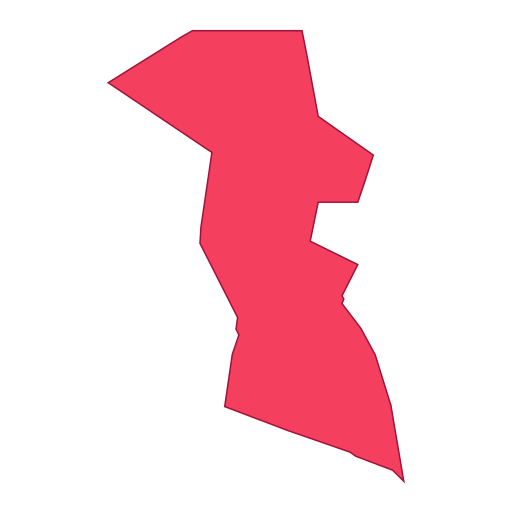 Mary, Mary, Turkmenistan (Natural Earth projection)
{"feature_id": "10190150B21853413573592", "entity_name": "Mary", "entity_type": "district", "adm_level": 2, "iso_a3": "TKM", "parent_name": "Turkmenistan", "parent_adm1": "Mary", "projection": "natural_earth1", "projection_center": [61.716, 37.759], "detail": "fine", "context": "isolated", "style": "filled", "palette": "rose", "viewbox_px": 512, "rotation_deg": 0, "n_neighbors": 0, "source": "geoboundaries", "source_scale": "gbopen_adm2", "svg_char_len": 583}
<svg xmlns="http://www.w3.org/2000/svg" viewBox="0 0 512 512"><path d="M200.9,227.5L200.0,243.4L237.6,317.5L236.0,329.1L238.9,334.9L232.3,354.3L224.7,406.6L288.0,430.6L349.9,452.1L355.9,456.3L392.6,470.2L403.8,481.3L393.5,420.8L391.1,406.5L390.6,403.7L390.2,403.2L375.2,354.8L360.9,328.4L342.0,303.6L343.8,299.0L342.0,295.8L357.8,264.6L310.2,241.2L318.2,202.2L320.4,202.2L357.8,202.2L365.3,180.1L373.3,155.1L318.2,116.4L307.3,57.4L302.0,30.7L192.4,30.7L181.3,37.0L108.2,82.7L205.4,148.1L205.5,148.2L211.9,152.4L200.9,227.5Z" fill="#f43f5e" stroke="#9f1239" stroke-width="1.5"/></svg>